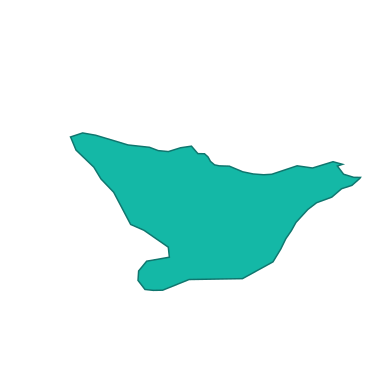 Grand Casablanca, Mercator projection, rotated 34°
{"feature_id": "MAR-1450", "entity_name": "Grand Casablanca", "entity_type": "Region", "adm_level": 1, "iso_a3": "MAR", "parent_name": "Morocco", "parent_adm1": "", "projection": "mercator", "projection_center": [-7.577, 33.547], "detail": "fine", "context": "isolated", "style": "filled", "palette": "teal", "viewbox_px": 384, "rotation_deg": 34, "n_neighbors": 0, "source": "natural_earth", "source_scale": "10m", "svg_char_len": 850}
<svg xmlns="http://www.w3.org/2000/svg" viewBox="0 0 384 384"><g transform="rotate(34 192 192)"><path d="M60.5,214.3L68.3,204.2L80.4,198.8L112.6,188.8L131.8,178.7L140.8,176.6L149.8,171.7L157.8,161.7L165.9,154.3L175.4,156.9L181.0,153.3L185.7,154.0L190.2,156.3L195.5,156.9L200.1,155.0L208.5,149.7L222.7,146.9L232.7,142.8L241.8,137.6L248.2,132.7L264.5,111.5L278.5,104.7L292.0,88.0L301.3,84.9L298.0,89.2L307.7,92.5L317.9,89.4L323.5,85.7L323.5,87.0L320.9,97.0L314.2,105.6L310.8,118.0L301.3,131.2L297.8,141.7L295.2,159.1L296.0,168.6L295.9,178.2L297.5,189.7L298.2,204.6L282.3,235.6L238.5,266.2L222.6,289.8L214.9,295.2L207.5,299.1L196.7,295.5L191.9,287.3L193.1,274.7L209.7,258.7L203.2,251.0L173.5,250.6L159.3,253.2L127.2,236.0L109.3,232.1L96.7,226.3L72.4,222.1L61.2,214.7L60.5,214.3L60.5,214.3Z" fill="#14b8a6" stroke="#0f766e" stroke-width="1.5"/></g></svg>